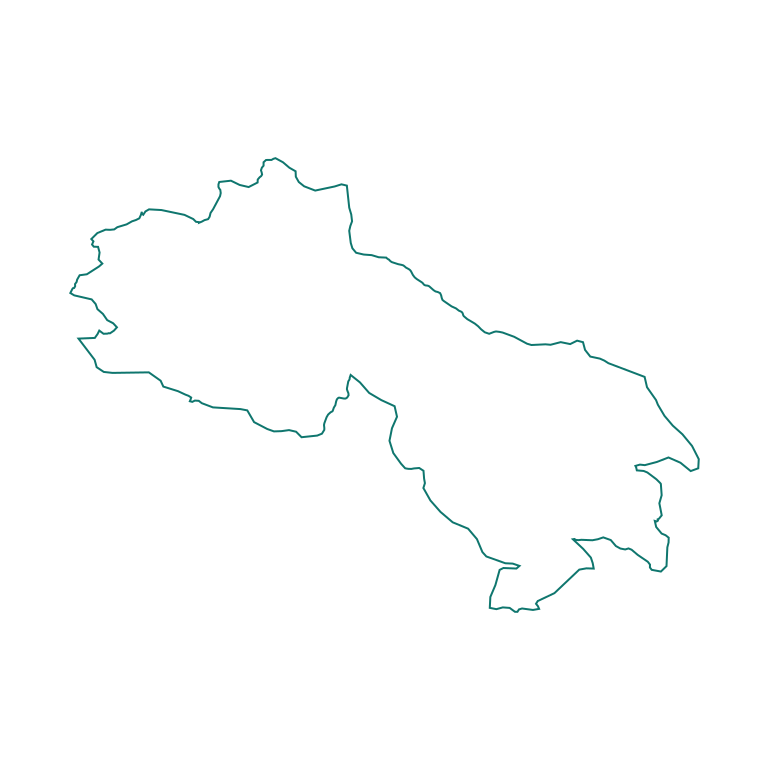 map outline of Morogoro (Robinson projection), rotated 275°
{"feature_id": "TZA-3379", "entity_name": "Morogoro", "entity_type": "Region", "adm_level": 1, "iso_a3": "TZA", "parent_name": "United Republic of Tanzania", "parent_adm1": "", "projection": "robinson", "projection_center": [37.042, -7.875], "detail": "fine", "context": "isolated", "style": "outline", "palette": "teal", "viewbox_px": 768, "rotation_deg": 275, "n_neighbors": 0, "source": "natural_earth", "source_scale": "10m", "svg_char_len": 4309}
<svg xmlns="http://www.w3.org/2000/svg" viewBox="0 0 768 768"><g transform="rotate(275 384 384)"><path d="M502.8,394.5L501.9,395.7L500.6,398.7L499.7,400.1L498.6,401.1L495.1,403.3L492.9,405.3L491.4,407.5L488.6,412.8L487.8,413.9L486.9,414.7L486.1,415.7L485.8,417.0L485.8,418.6L485.6,419.7L485.2,420.6L481.8,425.2L480.7,427.2L480.3,429.6L479.4,432.0L477.3,433.2L474.8,434.0L472.9,434.9L471.9,436.3L467.2,444.6L465.6,449.1L463.6,452.2L462.9,454.3L462.3,455.4L461.3,456.2L459.3,457.0L458.5,457.6L455.9,461.3L452.1,469.2L449.7,472.8L447.0,475.9L444.3,479.9L443.2,484.4L445.5,489.1L446.1,491.0L446.0,494.3L445.6,497.7L442.4,509.5L436.6,523.0L435.7,527.5L437.6,541.4L437.6,546.5L441.1,556.4L440.0,566.0L444.0,572.6L443.0,578.6L435.5,581.3L429.3,587.1L428.1,596.9L426.5,601.5L424.3,605.7L413.8,643.0L403.7,646.3L391.7,656.4L387.3,658.6L376.7,666.2L367.7,675.3L359.9,685.7L349.1,696.3L336.6,704.1L327.4,704.4L324.0,697.1L331.4,686.2L335.6,673.8L330.1,662.6L325.9,650.9L326.0,646.0L324.3,641.6L322.8,642.5L320.0,643.4L320.0,650.3L318.8,654.1L312.8,663.7L309.4,667.8L308.6,668.5L297.4,670.3L289.2,668.7L277.4,672.1L273.8,669.7L273.0,668.4L271.8,668.8L270.8,667.6L271.2,665.7L265.3,667.6L259.2,673.6L257.9,677.7L255.7,681.0L250.9,681.3L246.0,680.5L227.2,681.3L221.3,676.2L222.2,666.9L224.4,664.9L227.3,664.7L229.9,662.3L235.9,651.6L240.5,645.1L241.5,641.9L240.2,638.7L240.7,633.8L242.8,629.1L248.3,623.5L250.3,615.8L248.0,610.6L246.5,605.2L246.0,594.3L245.4,591.2L245.4,588.7L246.2,587.2L245.8,585.7L237.1,596.8L229.1,605.2L223.8,607.5L218.4,609.0L218.0,601.7L216.1,594.7L190.5,572.0L181.2,556.1L178.3,554.6L176.1,556.7L173.5,558.1L171.9,552.1L172.4,541.1L171.2,538.1L168.7,536.8L168.5,534.3L171.9,528.7L171.8,521.8L169.5,515.6L170.2,508.9L181.1,508.5L193.4,512.5L208.9,515.4L211.1,519.0L211.7,532.0L214.6,534.8L216.3,527.9L216.0,520.5L221.1,501.0L225.1,496.7L237.6,490.1L247.2,480.4L252.2,464.5L261.5,451.4L272.0,440.4L283.8,432.3L288.8,433.4L293.2,432.2L301.0,430.9L303.4,426.4L302.5,421.2L301.8,418.7L301.6,416.1L301.7,414.1L301.9,412.4L306.1,407.9L316.0,399.3L327.9,394.4L340.6,395.8L352.5,399.8L362.8,396.5L367.7,382.8L373.8,370.0L383.5,359.9L390.1,350.0L387.3,349.3L385.9,349.3L385.5,349.2L383.5,348.2L376.7,347.5L375.6,347.5L373.7,348.3L371.8,349.3L369.7,349.7L367.3,348.5L366.2,347.1L366.0,345.5L366.5,340.6L366.4,340.1L366.0,339.5L365.2,338.8L364.3,338.3L362.2,337.8L358.7,337.4L356.1,336.1L352.9,335.3L352.3,335.0L351.1,333.2L348.7,331.0L345.9,329.7L339.7,328.0L337.9,327.8L334.9,328.4L333.1,328.5L329.1,326.5L326.8,322.0L323.8,306.5L328.8,300.6L329.8,293.4L328.1,286.0L327.2,278.5L329.0,271.6L334.7,257.9L345.8,250.1L346.5,243.2L345.8,215.6L349.0,204.2L351.1,200.9L351.0,197.0L349.5,194.6L349.9,192.1L351.8,192.7L353.7,193.1L355.2,190.3L356.1,187.1L358.9,179.4L362.2,164.4L367.8,161.2L375.1,148.7L371.4,112.5L371.6,103.8L375.7,96.3L382.9,93.6L402.6,75.7L404.7,91.9L408.8,94.3L412.4,95.7L409.6,100.2L410.1,104.2L410.6,105.2L410.6,106.6L413.6,110.3L417.2,113.0L420.9,108.9L423.5,102.7L429.3,97.9L433.6,92.0L438.5,89.8L442.8,85.4L445.3,67.7L447.3,63.6L451.6,65.3L452.4,65.9L452.7,67.0L454.5,67.8L456.6,67.5L458.9,68.9L461.2,69.2L465.8,71.3L467.4,78.4L476.2,89.8L479.4,92.9L483.1,88.8L490.2,89.2L495.7,87.2L495.5,82.9L497.5,81.0L500.8,82.1L502.9,79.8L509.4,85.3L513.5,93.2L513.7,97.6L514.5,101.8L517.0,104.7L520.6,113.7L524.1,118.8L525.7,122.5L527.7,125.8L531.3,127.1L534.4,127.7L532.4,128.1L531.6,129.4L535.1,131.3L537.5,134.7L537.9,147.1L535.1,170.5L531.7,179.6L529.2,182.6L529.1,186.0L528.6,185.9L529.9,188.4L531.6,190.9L532.9,194.4L535.4,195.7L539.3,196.3L543.2,198.5L556.8,204.3L560.0,204.7L563.1,204.0L564.4,202.8L565.9,201.9L568.5,201.7L570.9,202.3L573.2,213.8L569.7,222.9L568.4,232.0L573.7,240.5L576.7,240.4L579.1,242.1L580.4,243.5L582.0,244.3L584.1,243.7L586.2,242.8L588.9,243.5L591.0,245.0L594.4,244.7L596.9,247.0L597.4,252.4L598.7,254.2L599.5,256.2L596.1,264.0L591.2,270.9L588.2,277.4L582.8,278.1L577.8,281.5L574.0,287.2L570.7,298.6L576.5,317.7L579.2,324.2L578.4,329.7L556.6,334.0L550.0,336.6L543.3,338.0L538.5,336.7L533.6,336.0L521.6,338.6L516.4,340.7L512.3,344.8L511.2,352.5L511.3,360.5L509.8,367.7L510.1,375.2L509.5,375.9L508.7,377.2L508.2,378.4L507.7,378.7L507.3,379.2L506.5,380.4L506.1,381.2L504.6,387.7L504.2,391.2L503.8,393.0L502.8,394.5Z" fill="none" stroke="#0f766e" stroke-width="2"/></g></svg>